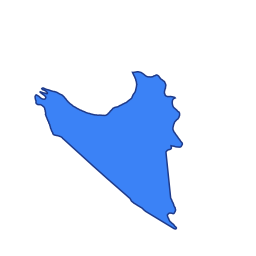 Cidade De Quelimane, Zambezia, Mozambique (Robinson projection), rotated 123°
{"feature_id": "85939544B40669081557189", "entity_name": "Cidade De Quelimane", "entity_type": "district", "adm_level": 2, "iso_a3": "MOZ", "parent_name": "Mozambique", "parent_adm1": "Zambezia", "projection": "robinson", "projection_center": [36.901, -17.867], "detail": "fine", "context": "isolated", "style": "filled", "palette": "blue", "viewbox_px": 256, "rotation_deg": 123, "n_neighbors": 0, "source": "geoboundaries", "source_scale": "gbopen_adm2", "svg_char_len": 5878}
<svg xmlns="http://www.w3.org/2000/svg" viewBox="0 0 256 256"><g transform="rotate(123 128 128)"><path d="M78.9,154.5L79.4,153.8L79.6,153.3L80.1,152.7L80.4,152.1L80.9,151.4L81.2,150.7L81.7,150.0L82.1,149.3L82.6,148.8L82.9,148.1L83.6,147.5L84.1,147.0L84.6,146.2L85.4,145.6L86.1,145.0L86.6,144.3L87.3,144.3L88.0,143.7L88.7,143.5L89.4,143.2L89.9,143.0L90.7,142.7L91.4,142.5L92.9,141.9L93.5,141.8L94.1,141.7L95.5,141.7L96.2,141.8L97.0,141.8L97.8,141.8L98.3,141.7L98.9,141.5L99.6,141.5L100.3,141.2L101.0,141.2L101.7,141.4L102.2,141.5L103.0,141.8L103.7,142.1L104.4,142.3L105.8,142.8L106.7,143.0L107.3,143.3L108.0,143.5L108.6,144.1L109.4,144.5L110.0,144.8L110.8,145.4L111.3,145.7L112.1,145.9L112.6,146.4L113.3,146.7L113.9,147.3L114.6,147.5L115.3,147.8L116.0,148.3L116.5,148.9L117.2,149.4L117.5,150.0L118.0,150.3L118.9,150.8L119.6,151.3L120.4,151.4L121.0,151.4L121.5,151.6L122.2,151.6L122.7,151.8L123.5,152.0L124.2,152.0L125.8,152.2L126.4,152.5L127.1,152.5L127.7,152.6L128.4,153.0L128.9,153.2L129.7,153.8L130.3,154.6L130.6,155.2L131.1,156.0L131.6,156.8L131.9,157.6L132.4,158.3L132.8,159.1L133.5,159.9L134.0,160.8L134.2,161.5L134.7,162.3L135.2,163.2L135.4,163.9L135.7,164.6L136.0,165.6L136.5,166.8L136.6,167.4L136.8,168.3L137.2,169.0L137.6,170.4L137.8,171.3L138.0,171.9L138.0,173.2L138.2,173.7L138.3,174.6L138.6,175.2L138.6,176.7L138.8,177.3L139.0,177.8L139.0,178.5L139.1,179.4L139.1,180.2L139.3,181.0L139.3,181.8L139.3,183.6L139.4,184.2L139.5,185.0L139.5,186.5L139.3,187.1L139.2,188.7L139.2,189.5L139.1,190.3L138.9,191.2L138.7,192.0L138.7,192.6L138.3,193.4L138.3,194.0L138.0,194.8L137.6,195.6L137.4,196.4L137.2,197.3L136.9,197.9L136.7,198.7L136.6,199.6L136.3,200.4L136.3,201.1L136.3,201.7L136.5,202.6L136.7,204.3L136.8,206.7L137.1,208.3L137.4,208.9L137.6,209.9L138.1,210.6L138.3,211.5L138.5,212.1L138.7,212.8L139.0,214.2L139.2,215.0L139.4,215.6L139.7,216.4L139.9,217.0L140.1,217.8L140.3,218.6L140.3,219.4L140.5,220.2L140.6,220.9L141.1,221.5L141.9,221.8L142.3,221.0L142.3,220.2L141.9,218.8L141.9,218.3L141.8,217.5L141.8,216.9L142.1,215.6L142.3,214.8L143.0,214.4L143.5,214.7L143.8,215.6L143.8,216.3L144.2,217.1L144.7,218.3L144.9,219.2L145.1,220.0L145.2,220.6L145.5,221.5L145.6,221.9L145.7,221.5L145.9,220.6L146.1,219.0L146.1,218.4L146.2,217.5L146.2,216.0L146.3,215.4L146.8,213.8L147.4,213.4L148.8,213.4L149.4,213.8L150.2,215.3L150.3,216.0L150.4,216.8L150.4,217.6L150.3,218.4L150.1,219.2L150.0,219.8L150.0,220.3L150.0,221.1L150.1,222.5L150.2,223.1L150.9,223.2L151.5,223.2L152.2,223.1L153.0,222.5L153.5,222.1L154.1,221.5L154.9,220.7L155.1,220.1L155.8,219.6L156.4,219.3L157.1,218.8L157.5,218.0L157.5,216.5L157.1,215.7L156.6,214.9L156.1,214.2L155.9,213.3L155.9,211.7L156.1,211.1L156.1,210.3L156.3,209.7L156.5,209.2L157.1,208.4L157.8,207.8L158.3,207.0L159.0,206.6L159.5,205.9L160.2,205.4L160.9,204.8L161.6,204.6L162.1,203.8L162.8,203.0L163.8,201.4L164.6,200.5L164.8,199.9L165.4,199.3L165.8,198.5L166.0,197.9L166.8,197.3L167.3,196.4L167.8,195.5L168.4,195.0L169.3,193.8L170.0,193.2L170.5,192.6L170.9,191.8L171.7,190.9L172.2,190.1L172.7,189.1L173.0,188.5L173.6,188.0L174.1,186.9L173.9,186.1L173.8,185.3L173.5,184.8L173.3,184.0L172.8,183.1L172.6,182.2L172.3,181.6L172.3,181.0L172.1,180.4L171.9,179.5L171.9,178.9L171.9,177.9L172.3,177.1L172.3,176.6L178.8,136.9L181.8,117.4L185.9,88.8L185.9,88.1L186.2,87.6L186.6,86.7L187.0,86.1L187.4,85.3L187.5,84.5L187.6,83.7L187.6,82.9L187.8,82.3L187.8,81.5L187.7,80.8L187.7,78.6L187.7,77.8L187.7,77.0L187.6,76.1L187.6,74.4L187.5,73.6L187.5,73.0L187.6,72.2L187.7,71.4L188.0,70.6L188.1,69.7L188.1,69.2L188.3,68.3L188.3,67.5L187.3,34.4L187.0,33.6L186.7,33.0L186.2,32.8L185.5,32.9L185.1,33.6L185.0,34.4L184.9,35.2L184.5,36.2L184.2,36.9L184.0,37.8L184.0,38.7L183.8,40.1L183.6,40.9L183.6,41.8L183.2,42.6L182.7,43.3L182.6,43.9L181.8,44.6L181.6,45.2L181.1,46.0L180.4,46.8L179.6,47.6L178.9,47.6L178.2,47.4L177.4,47.3L176.8,46.9L176.3,46.1L176.0,45.6L175.6,44.8L175.5,44.0L175.0,43.1L174.3,42.9L173.7,42.9L173.0,43.0L172.2,43.0L171.7,43.2L171.1,43.3L170.5,43.7L170.0,44.4L169.2,45.0L169.0,45.8L168.5,46.3L168.2,47.3L167.5,47.8L166.5,49.2L166.0,49.9L165.8,50.5L165.3,51.3L164.8,51.8L164.3,52.6L163.6,54.0L128.0,82.7L127.4,83.1L126.6,83.0L126.0,83.0L125.2,82.8L124.6,82.4L124.0,82.1L123.5,81.4L122.7,80.9L122.0,80.6L121.1,80.7L120.6,81.3L120.0,81.7L119.4,82.2L119.0,81.0L118.5,80.1L118.2,79.4L118.0,78.6L117.8,77.8L117.5,77.3L117.3,76.7L116.8,75.9L116.5,75.3L116.0,74.4L115.5,73.8L114.7,73.4L113.4,73.4L111.9,73.6L111.2,74.2L110.9,74.8L110.7,75.7L110.5,76.4L110.2,77.1L109.8,77.9L109.3,79.4L109.1,80.1L108.5,81.4L108.2,82.2L107.9,82.9L107.7,83.5L107.5,84.2L107.2,84.9L106.8,85.6L106.5,86.5L106.3,87.0L106.1,87.7L105.6,88.2L105.1,89.0L104.8,89.5L104.3,89.8L103.5,90.4L102.1,90.9L101.3,91.2L100.7,91.4L100.0,91.7L99.3,91.7L98.5,91.9L97.9,92.1L97.1,92.1L96.4,91.9L95.7,91.9L95.2,91.7L94.6,91.7L93.3,91.1L91.3,91.1L90.5,91.4L89.8,91.5L89.1,91.7L88.4,92.2L87.7,92.7L87.2,93.3L86.8,94.2L87.0,94.9L86.8,95.8L86.4,97.0L86.4,97.7L86.2,98.4L86.2,99.0L86.0,99.8L86.0,100.4L85.8,101.1L85.5,101.7L85.0,102.5L83.5,104.1L82.9,104.4L82.3,105.0L81.0,105.5L80.5,105.8L79.0,105.8L78.4,105.6L77.9,105.3L77.1,104.8L76.9,105.6L77.2,106.2L77.4,107.1L77.6,107.6L77.9,108.4L78.3,109.1L78.5,109.7L79.0,110.2L79.5,111.1L80.0,111.6L80.4,113.2L80.4,114.0L80.2,114.8L79.5,115.4L79.2,116.2L78.5,116.7L77.8,117.2L77.2,117.4L76.5,117.7L75.0,118.2L74.4,118.2L73.7,118.6L73.0,118.9L72.2,119.3L71.4,119.6L70.2,121.1L69.8,122.0L69.2,122.7L69.2,124.4L69.0,125.2L69.0,126.1L69.0,126.9L68.9,127.7L68.5,128.5L68.3,129.3L67.9,130.1L67.7,130.9L67.7,131.7L67.8,132.6L68.2,133.3L69.0,133.5L69.7,134.1L70.3,134.7L70.8,134.9L71.4,135.1L72.2,136.0L72.8,136.6L73.1,137.3L74.1,138.9L74.4,139.7L74.6,140.5L74.6,141.3L74.6,142.2L74.4,143.6L74.3,145.1L74.3,147.2L74.5,147.9L74.8,148.7L75.0,149.3L75.3,150.1L75.8,150.9L76.5,151.6L77.5,152.7L78.7,154.1L78.9,154.5Z" fill="#3b82f6" stroke="#1e3a8a" stroke-width="1.5"/></g></svg>